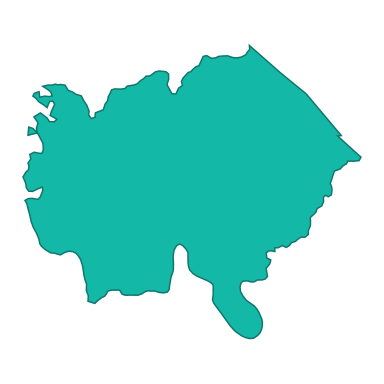 outline of Rio Bonito do Iguaçu, Paraná, Brazil
{"feature_id": "56859067B65840110240263", "entity_name": "Rio Bonito do Iguaçu", "entity_type": "district", "adm_level": 2, "iso_a3": "BRA", "parent_name": "Brazil", "parent_adm1": "Paraná", "projection": "robinson", "projection_center": [-52.634, -25.559], "detail": "fine", "context": "isolated", "style": "filled", "palette": "teal", "viewbox_px": 384, "rotation_deg": 0, "n_neighbors": 0, "source": "geoboundaries", "source_scale": "gbopen_adm2", "svg_char_len": 3408}
<svg xmlns="http://www.w3.org/2000/svg" viewBox="0 0 384 384"><path d="M254.2,281.8L257.6,280.0L262.2,279.9L265.3,279.0L267.5,276.5L266.1,268.4L269.7,264.0L270.8,260.0L266.8,257.9L266.2,253.0L268.8,250.9L271.7,250.9L274.9,251.5L274.7,247.8L278.0,247.8L282.5,245.5L286.2,247.5L289.4,245.5L291.6,242.6L295.3,241.5L298.4,238.8L301.2,237.1L304.9,237.3L308.3,234.5L308.4,230.4L310.4,225.7L310.5,221.1L310.3,217.5L313.3,214.8L315.9,212.2L317.1,208.6L321.8,205.9L323.6,201.6L323.4,197.2L325.8,195.2L328.2,196.8L331.4,194.8L332.0,190.2L331.7,187.1L330.3,183.5L331.6,179.6L333.1,174.8L334.4,171.0L336.9,170.2L340.3,168.9L343.0,165.8L346.4,163.9L347.8,161.1L350.7,161.1L353.8,161.2L359.1,160.6L361.0,157.1L358.7,155.1L354.2,151.1L337.6,136.0L341.3,135.6L306.3,94.0L304.2,92.2L280.9,73.2L249.4,45.5L249.7,49.3L247.3,52.2L245.8,54.8L241.7,56.9L238.7,57.6L235.7,57.9L232.3,57.4L227.6,55.8L222.6,56.0L218.6,56.4L215.5,57.9L211.5,58.3L206.7,55.6L203.2,56.4L198.9,65.8L196.1,66.6L192.8,69.4L190.9,71.6L188.0,72.6L183.0,78.1L181.4,81.5L182.5,85.5L178.6,88.1L175.9,94.0L172.0,93.7L169.6,89.6L167.0,84.5L168.7,79.2L168.5,73.9L165.9,71.7L163.3,71.4L159.0,71.0L155.3,71.9L149.9,76.0L146.1,76.1L143.8,78.5L140.6,80.6L137.2,83.8L134.1,85.0L127.2,86.1L124.8,88.6L120.8,89.1L114.8,88.9L111.6,89.8L110.1,93.3L108.2,96.9L107.6,100.8L105.1,104.0L103.3,109.8L95.4,112.8L95.0,117.2L91.2,118.6L88.6,114.8L89.1,111.2L86.7,105.0L84.2,101.5L81.2,95.8L76.1,94.4L72.0,91.7L68.4,90.6L65.0,85.1L60.6,84.5L57.9,84.8L55.1,84.1L52.2,85.1L47.8,85.1L42.8,86.3L48.1,89.8L50.8,92.0L52.2,95.8L49.3,96.6L44.6,96.1L39.7,97.2L39.1,91.7L34.3,93.3L32.9,96.1L36.1,98.5L38.8,101.8L44.7,105.6L47.1,107.6L48.4,104.2L49.8,101.3L53.1,101.4L54.6,104.3L51.2,111.9L50.2,115.5L53.2,117.1L56.9,119.2L54.3,121.9L49.4,121.6L47.2,118.1L40.4,112.9L33.9,116.9L38.0,122.7L36.4,128.4L37.4,132.9L39.4,136.6L42.9,143.2L43.2,146.5L43.2,150.3L42.0,153.3L38.7,153.2L34.2,152.2L29.8,154.4L30.8,158.9L28.0,163.0L29.0,166.4L28.4,169.8L25.6,172.5L23.0,177.0L25.1,181.7L26.0,184.7L26.3,187.8L28.7,191.2L32.6,191.4L38.6,188.5L42.1,187.1L42.9,190.0L40.3,196.9L37.9,199.4L32.1,198.3L28.3,198.6L25.0,200.4L26.9,203.7L27.6,207.1L29.6,214.4L31.2,221.6L33.3,227.3L36.5,233.2L39.0,239.3L39.8,243.8L41.4,246.2L44.7,249.1L47.3,250.9L50.8,252.9L54.2,253.1L57.8,254.2L60.4,254.9L65.1,252.3L69.0,251.2L72.9,251.7L75.9,253.1L77.9,255.4L80.4,259.2L81.8,263.1L82.8,267.1L83.9,274.9L85.0,279.7L86.6,284.2L86.3,290.3L88.3,295.9L88.0,301.3L94.8,303.4L98.1,300.3L101.9,297.5L104.7,296.2L106.4,293.9L107.8,291.1L111.8,290.1L119.5,290.1L122.2,294.2L125.1,295.2L130.3,295.1L138.1,295.2L142.2,293.7L145.1,291.7L148.0,290.8L151.7,291.1L154.8,291.0L159.0,292.4L163.3,292.9L167.3,292.1L169.1,289.8L169.6,285.5L171.0,277.4L173.3,270.5L173.5,264.1L173.1,256.1L174.1,250.0L176.6,245.7L179.6,243.9L183.1,245.9L185.9,249.0L188.0,252.4L188.0,261.9L188.4,265.7L189.6,269.8L193.1,273.7L197.1,276.2L199.8,277.4L206.8,280.4L211.1,282.7L213.2,285.2L213.2,294.4L212.5,300.0L214.1,303.7L221.0,313.0L224.1,317.4L229.8,325.3L232.3,328.2L235.6,331.6L241.6,335.8L245.7,337.6L249.4,338.5L253.3,338.3L257.4,335.7L260.2,332.6L261.4,329.8L262.3,326.2L262.4,322.3L261.9,319.3L258.8,312.1L256.7,308.8L254.2,305.9L246.4,300.4L242.7,295.6L240.5,291.4L240.0,286.8L240.9,283.6L242.6,281.3L247.0,280.8L251.5,282.0L254.2,281.8ZM28.7,127.1L28.0,135.3L37.4,132.9L32.9,128.4L28.7,127.1Z" fill="#14b8a6" stroke="#0f766e" stroke-width="1.5"/></svg>